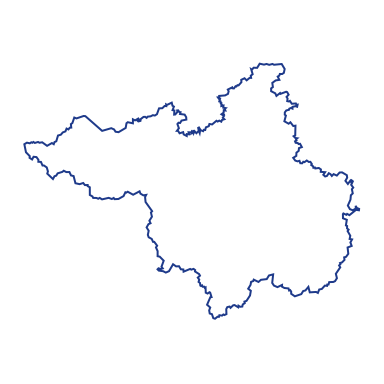 Piemonte, Turin, Italy, rotated 269°
{"feature_id": "23120603B83257595874769", "entity_name": "Piemonte", "entity_type": "district", "adm_level": 2, "iso_a3": "ITA", "parent_name": "Italy", "parent_adm1": "Turin", "projection": "orthographic", "projection_center": [8.079, 45.262], "detail": "fine", "context": "isolated", "style": "outline", "palette": "blue", "viewbox_px": 384, "rotation_deg": 269, "n_neighbors": 0, "source": "geoboundaries", "source_scale": "gbopen_adm2", "svg_char_len": 6028}
<svg xmlns="http://www.w3.org/2000/svg" viewBox="0 0 384 384"><g transform="rotate(269 192 192)"><path d="M268.5,75.6L263.0,73.6L262.0,72.1L258.5,72.4L258.4,70.9L256.7,69.5L257.6,67.7L254.8,66.5L253.8,63.8L251.6,61.9L250.8,59.0L245.1,57.2L244.3,55.4L242.2,54.6L243.4,52.8L240.7,47.9L244.3,43.1L243.9,40.3L244.7,39.0L243.8,35.7L244.8,34.3L244.0,33.2L244.5,32.2L243.5,30.7L244.2,27.8L242.7,25.2L234.6,26.7L230.7,30.4L229.0,30.2L227.3,32.7L230.0,34.2L229.6,37.1L226.9,39.0L224.9,38.9L224.7,41.5L221.1,43.0L221.1,44.4L219.1,47.2L215.1,48.3L212.9,47.6L207.4,53.2L210.2,54.8L210.7,56.5L213.0,58.0L214.4,62.8L215.5,64.1L214.1,66.7L214.1,69.8L210.7,71.3L210.0,73.9L202.8,75.6L201.8,79.8L202.9,83.4L200.8,85.0L200.8,87.8L199.7,87.8L198.5,89.9L190.8,89.8L189.3,92.4L187.8,93.1L187.7,96.4L186.9,98.1L187.7,99.6L186.2,101.9L187.6,108.6L186.4,111.7L187.4,113.6L186.2,114.4L186.3,118.3L189.1,123.5L192.9,125.4L192.5,126.3L193.4,127.7L190.3,133.1L193.6,139.6L191.3,140.4L189.5,143.3L189.9,146.1L187.8,145.0L182.8,145.4L173.5,151.8L172.2,150.6L168.0,151.5L164.0,148.9L161.5,150.0L160.6,147.9L157.4,146.0L154.0,148.0L149.9,147.1L147.5,147.9L145.8,150.9L142.8,152.2L142.8,153.4L138.9,156.2L137.2,155.0L133.5,156.6L128.4,156.5L127.9,158.6L123.8,162.5L117.8,160.2L116.1,161.4L115.5,159.5L116.3,157.2L115.3,156.2L114.0,157.4L113.3,161.8L111.9,164.4L113.2,167.6L120.1,171.8L117.9,174.8L118.0,177.7L114.9,179.5L114.7,182.0L112.5,182.2L115.1,188.8L114.4,189.9L115.1,192.2L113.9,193.8L112.5,193.6L109.8,197.7L108.2,198.5L106.3,196.3L104.3,197.7L102.0,197.0L100.9,198.4L98.3,198.7L97.8,199.4L98.5,200.4L97.1,201.1L97.1,202.6L96.0,203.1L96.4,203.9L91.1,204.0L90.2,205.8L91.5,207.7L91.1,208.4L86.6,209.7L86.5,208.5L79.0,205.1L76.2,208.2L73.3,207.1L70.2,207.6L69.5,209.8L65.5,211.1L64.9,212.8L66.9,215.4L66.7,216.7L68.3,217.2L67.9,219.9L69.0,221.2L68.4,222.2L69.3,224.3L74.3,224.2L76.3,225.3L76.8,227.6L75.5,228.5L78.0,231.2L78.2,232.6L75.9,236.2L77.5,236.5L76.4,238.1L76.6,240.3L78.7,240.8L79.9,242.8L81.5,242.5L82.2,244.6L87.5,248.2L92.2,249.1L94.3,246.5L98.1,248.9L101.1,249.5L101.9,251.7L103.3,252.2L100.9,256.9L103.0,259.4L103.6,265.2L107.2,267.5L108.2,271.7L99.7,270.6L97.0,272.3L95.4,275.8L97.5,280.4L95.8,280.3L94.4,282.7L93.9,286.8L91.8,287.4L92.2,288.4L90.8,289.4L88.5,289.4L85.9,293.0L88.0,299.5L91.0,301.4L91.6,303.7L95.1,306.7L89.6,308.0L89.9,314.3L88.9,316.1L92.3,317.5L92.8,320.1L96.1,323.2L95.8,325.4L97.1,325.6L97.1,326.9L99.5,327.6L99.6,331.8L100.4,333.5L103.3,335.4L107.7,334.4L114.1,338.9L116.0,337.8L117.4,339.2L118.4,338.8L119.0,340.8L121.5,343.3L124.0,343.0L124.5,344.9L127.5,347.2L133.8,346.6L135.3,350.7L138.8,349.5L141.8,351.2L142.3,348.8L145.5,349.5L150.2,346.9L151.6,347.9L152.9,346.4L155.3,346.5L155.9,345.3L161.5,346.3L163.1,342.5L167.2,342.5L167.9,343.0L166.5,345.9L167.4,346.7L166.1,349.0L171.3,355.7L170.8,358.6L172.2,358.8L173.2,356.5L175.3,355.4L172.7,355.5L170.9,352.5L172.1,349.6L175.7,347.6L181.6,350.3L186.0,350.8L187.8,352.7L192.0,351.9L193.6,353.3L196.4,351.3L199.9,353.0L200.9,351.8L199.6,351.0L200.6,350.5L197.3,348.0L200.5,345.6L203.6,347.4L206.1,347.1L209.0,342.4L208.9,339.9L205.9,337.1L207.4,333.9L205.6,332.1L207.4,330.8L208.4,329.1L205.7,327.2L205.2,325.4L206.9,323.6L209.5,325.4L209.9,321.1L212.3,321.3L213.8,319.2L213.4,315.7L214.3,315.4L214.1,313.8L215.5,313.6L216.9,311.7L217.9,312.3L220.1,310.9L220.0,309.3L221.5,307.3L219.9,305.0L220.3,303.8L218.8,302.7L218.9,300.8L221.3,300.0L220.8,298.1L221.6,295.8L224.4,293.8L226.3,296.9L229.5,297.1L231.3,299.4L234.0,299.7L235.0,302.6L238.3,300.9L238.1,299.4L239.1,298.6L239.4,296.5L240.9,295.9L241.7,297.4L243.0,296.9L243.9,298.1L244.2,296.3L246.0,294.6L246.8,296.2L256.5,296.6L256.2,294.4L260.0,291.6L258.6,289.8L261.1,285.6L266.8,287.2L267.7,286.1L270.0,286.2L271.9,287.7L272.5,290.4L273.6,290.7L274.3,292.4L273.6,293.9L275.4,294.0L276.0,296.9L275.4,298.6L277.5,299.1L277.3,297.9L278.7,297.4L278.5,293.3L281.4,291.5L280.8,290.5L281.2,288.8L283.8,289.2L285.4,288.2L287.6,290.3L290.2,288.9L290.6,287.9L288.6,282.2L289.4,281.8L286.6,278.1L289.2,277.0L291.4,272.9L294.2,272.9L295.5,274.7L299.7,274.2L302.1,277.6L302.6,281.3L305.9,279.7L306.8,281.3L308.5,281.9L308.4,284.2L309.5,285.9L313.4,286.8L318.4,283.9L317.8,276.2L318.6,274.7L317.8,271.4L318.7,268.8L318.1,266.2L319.1,261.9L315.0,259.3L315.2,255.8L313.3,254.1L313.8,253.3L308.7,254.7L307.3,252.8L305.1,253.1L305.1,251.6L302.7,248.6L304.8,246.5L303.3,243.2L300.9,243.3L297.8,240.4L298.0,239.3L296.7,238.2L297.0,237.4L294.8,235.7L295.0,234.2L295.9,234.0L293.8,229.6L292.1,230.4L289.5,229.7L288.0,226.8L287.6,220.9L286.4,221.0L286.2,219.5L284.4,220.8L284.5,221.6L282.2,220.9L282.1,222.1L280.6,222.4L280.2,221.4L280.3,222.9L278.5,222.9L279.3,223.8L277.5,223.1L277.9,225.0L275.8,224.7L275.3,227.1L274.6,226.2L272.9,226.8L273.2,225.2L270.8,225.0L269.2,222.8L267.5,225.3L265.7,224.1L264.2,225.6L263.5,223.3L261.8,222.5L262.9,220.5L262.0,218.9L262.8,217.7L259.2,213.3L259.7,210.6L257.5,209.9L256.4,207.0L253.8,206.3L254.0,205.0L252.6,204.2L253.7,201.7L256.4,200.1L256.0,199.3L253.9,199.7L253.0,201.1L250.8,200.7L253.1,199.8L250.7,197.4L252.7,195.7L251.2,194.9L253.9,194.7L250.9,193.9L250.6,192.8L251.9,193.8L252.7,192.9L251.6,192.4L251.8,189.6L249.7,190.1L250.0,187.8L248.1,187.7L249.7,184.7L252.0,184.2L250.9,180.6L253.3,179.2L253.4,178.0L256.0,180.0L260.2,178.6L261.5,179.7L261.2,181.3L263.6,182.8L264.5,187.6L266.9,187.5L269.5,186.0L270.2,181.4L272.0,181.9L272.1,180.8L273.9,179.6L273.8,178.6L272.3,178.8L269.8,176.6L269.7,175.5L273.8,175.8L274.2,174.0L277.7,175.4L278.6,174.0L281.7,173.3L279.5,168.5L280.0,167.7L278.3,167.8L278.5,166.1L276.3,163.8L276.2,160.5L270.4,158.3L269.1,156.2L269.5,154.2L268.4,152.0L268.1,149.0L266.9,147.9L268.0,146.4L267.9,144.8L265.8,142.0L264.0,141.7L263.5,139.6L264.2,138.8L265.5,140.1L266.4,139.6L264.6,136.3L265.7,134.2L261.7,134.1L262.9,129.0L261.9,127.7L257.2,126.8L253.1,119.6L253.6,116.6L255.9,115.2L257.2,112.4L254.7,103.2L269.7,86.7L269.9,85.0L267.6,77.8L268.5,75.6ZM268.8,225.5L268.5,226.1L268.7,224.7L268.8,225.5Z" fill="none" stroke="#1e3a8a" stroke-width="2"/></g></svg>